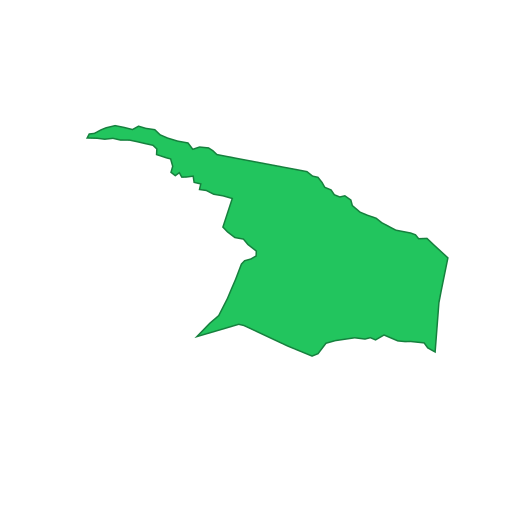 outline of Palmeirina, Pernambuco, Brazil, rotated 205°
{"feature_id": "56859067B2059409323085", "entity_name": "Palmeirina", "entity_type": "district", "adm_level": 2, "iso_a3": "BRA", "parent_name": "Brazil", "parent_adm1": "Pernambuco", "projection": "mercator", "projection_center": [-36.237, -8.996], "detail": "fine", "context": "isolated", "style": "filled", "palette": "green", "viewbox_px": 512, "rotation_deg": 205, "n_neighbors": 0, "source": "geoboundaries", "source_scale": "gbopen_adm2", "svg_char_len": 1445}
<svg xmlns="http://www.w3.org/2000/svg" viewBox="0 0 512 512"><g transform="rotate(205 256 256)"><path d="M162.9,189.0L158.5,193.7L155.7,206.5L148.4,212.8L132.0,223.6L122.1,226.8L117.9,230.3L112.2,230.5L106.6,238.5L91.6,239.0L84.8,241.4L79.7,243.9L66.9,248.3L61.5,245.3L53.1,244.7L70.5,291.0L73.4,302.5L81.3,335.4L89.8,338.1L100.5,341.5L108.5,344.2L115.9,340.4L120.4,342.6L125.5,342.2L140.2,338.5L156.2,339.3L163.0,341.0L172.4,340.0L180.3,339.7L190.0,342.4L193.7,346.8L200.9,348.1L205.0,344.9L210.9,344.6L215.9,347.6L222.7,347.3L227.3,350.6L233.1,353.5L238.5,352.3L245.5,354.0L312.0,337.0L334.3,331.4L339.6,333.2L344.7,333.9L353.2,330.9L358.4,326.0L365.4,329.7L375.6,327.0L386.1,325.5L394.1,325.3L401.1,327.7L409.8,325.1L417.3,324.0L421.4,318.4L429.8,316.8L438.8,314.6L446.1,308.8L449.7,304.9L454.3,298.8L458.7,296.1L458.9,291.6L449.7,295.6L442.5,297.9L435.4,302.2L427.9,303.8L419.6,307.6L411.9,309.4L404.2,311.0L396.2,312.8L391.1,311.1L389.0,305.9L378.8,307.1L374.4,307.9L369.4,302.1L368.4,295.9L363.1,294.7L360.7,299.1L356.6,296.1L352.6,298.1L346.7,301.8L343.2,296.6L336.5,298.0L335.3,292.4L328.7,294.4L320.5,294.1L311.3,296.6L301.8,298.1L298.2,268.2L292.0,265.8L283.0,263.8L274.5,266.0L268.2,263.0L257.8,260.6L255.9,256.1L259.4,251.1L264.3,246.9L265.8,242.5L264.6,226.1L264.3,215.6L263.9,205.4L264.6,186.2L269.4,175.6L275.5,158.0L242.8,186.8L237.7,187.9L189.3,187.8L162.9,189.0Z" fill="#22c55e" stroke="#15803d" stroke-width="1.5"/></g></svg>